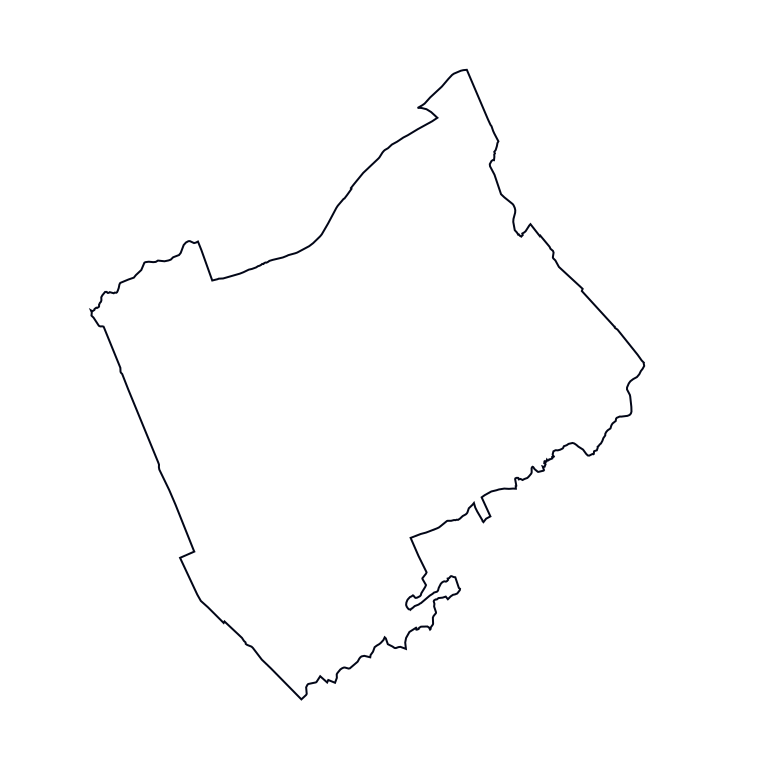 Optasi-Magura, Olt, Romania, rotated 70°
{"feature_id": "2599482B31231477930356", "entity_name": "Optasi-Magura", "entity_type": "district", "adm_level": 2, "iso_a3": "ROU", "parent_name": "Romania", "parent_adm1": "Olt", "projection": "natural_earth1", "projection_center": [24.65, 44.581], "detail": "fine", "context": "isolated", "style": "outline", "palette": "ink", "viewbox_px": 768, "rotation_deg": 70, "n_neighbors": 0, "source": "geoboundaries", "source_scale": "gbopen_adm2", "svg_char_len": 6165}
<svg xmlns="http://www.w3.org/2000/svg" viewBox="0 0 768 768"><g transform="rotate(70 384 384)"><path d="M636.1,490.4L634.1,489.3L631.8,485.9L628.1,482.8L627.3,480.1L626.8,477.3L626.1,475.4L624.4,472.1L622.3,470.0L623.7,469.3L629.8,469.4L633.6,465.8L635.6,464.4L636.2,463.2L636.2,460.4L636.6,458.5L640.4,454.0L634.2,452.5L630.2,450.1L625.7,444.9L624.0,437.2L624.5,437.0L625.8,437.6L626.1,437.2L626.1,435.3L625.1,434.3L624.7,432.2L626.7,426.2L628.2,425.0L630.5,424.7L630.1,423.9L628.8,423.4L626.7,420.3L625.9,419.8L620.3,418.0L619.0,416.8L617.1,413.6L616.3,413.2L610.2,413.0L607.8,411.8L605.2,411.6L604.5,411.0L604.1,409.3L604.5,408.1L603.8,406.0L604.8,402.0L604.9,398.7L608.1,397.6L606.4,394.0L605.7,391.3L606.0,389.2L605.9,386.8L603.7,383.3L602.5,382.6L601.2,383.4L590.0,383.1L589.2,384.6L587.7,386.2L587.5,387.1L588.7,389.2L588.6,390.7L590.0,390.8L590.7,392.1L590.9,393.4L590.1,394.7L590.0,395.6L590.3,397.2L591.2,399.0L594.3,402.3L596.6,403.9L597.3,405.3L597.1,408.3L597.8,410.1L598.5,413.3L602.5,424.1L602.7,425.7L603.1,426.8L603.2,431.1L604.5,434.4L604.4,434.9L605.0,436.0L604.8,436.0L604.6,437.1L604.3,437.6L603.3,438.2L601.1,438.8L599.2,438.8L597.0,437.7L595.0,435.9L594.4,435.0L593.1,432.5L593.0,430.8L592.5,429.1L593.0,428.7L595.3,427.9L595.9,427.3L596.1,425.9L595.7,422.8L595.1,421.7L593.4,420.5L588.8,414.7L587.3,413.3L580.6,414.5L579.7,414.4L576.6,409.4L575.5,408.4L557.3,410.4L537.7,411.6L537.5,400.9L538.0,395.3L537.8,383.8L537.6,381.5L537.1,379.9L534.3,371.8L534.3,371.1L535.5,367.8L535.8,364.7L536.4,363.4L536.4,362.0L537.0,360.9L536.5,358.7L535.0,355.2L534.5,351.8L533.9,350.4L533.3,349.6L529.8,346.8L527.7,342.0L526.6,340.2L531.3,340.5L535.7,340.0L545.5,338.2L546.5,338.3L547.8,337.8L545.5,334.1L544.8,329.3L523.9,331.0L522.9,327.4L521.7,319.9L522.3,314.7L522.4,312.1L523.4,306.8L525.3,302.4L526.4,298.5L527.5,295.9L525.2,295.2L525.3,294.9L525.0,294.5L518.2,293.3L517.6,292.8L517.5,291.7L518.0,290.2L518.3,289.9L519.7,290.0L519.9,288.2L521.6,286.6L521.3,284.6L521.3,281.4L520.5,279.6L518.5,276.2L517.4,275.4L513.6,274.1L512.8,273.3L512.6,272.7L513.1,272.2L515.5,271.6L519.1,269.5L519.4,269.0L520.0,263.7L519.6,263.1L515.8,263.1L516.6,262.1L516.7,261.4L514.6,259.6L513.9,259.8L513.3,260.5L511.6,259.7L511.5,259.2L512.6,258.6L512.5,258.0L510.9,256.8L511.9,256.5L512.0,256.1L511.9,255.2L511.3,254.4L511.6,253.6L511.5,251.3L510.1,251.0L510.1,250.4L510.5,249.6L510.3,249.2L508.3,249.7L507.7,249.5L505.2,247.8L504.9,245.5L505.8,243.3L506.0,240.9L505.7,238.2L505.3,237.5L504.0,236.3L504.0,233.3L503.4,231.0L503.9,227.0L505.0,225.5L507.1,224.0L509.3,222.8L513.7,219.4L518.9,217.9L520.9,216.9L521.5,215.6L521.1,212.5L521.1,212.0L521.6,211.4L521.5,210.8L519.2,209.7L519.0,209.4L519.1,206.7L516.9,204.9L516.0,204.7L515.5,203.2L514.7,202.2L514.1,200.5L512.1,198.2L509.9,196.4L508.0,193.7L506.5,193.1L505.1,191.6L504.0,189.6L503.2,186.4L500.8,184.6L499.9,183.6L499.2,182.6L498.0,178.9L496.0,177.8L495.4,176.9L495.2,173.6L495.8,172.2L497.2,166.1L497.1,163.8L496.2,162.1L494.6,160.9L490.1,159.4L479.9,156.9L478.3,156.7L472.2,157.5L470.4,156.8L467.2,153.8L465.7,151.6L464.6,148.1L464.0,144.0L462.2,140.8L459.7,138.2L458.2,135.8L456.0,133.3L453.4,132.9L452.9,132.5L450.1,133.8L443.5,135.6L412.7,146.0L410.4,147.7L409.7,147.9L409.1,147.6L408.9,147.9L364.3,166.3L362.5,164.8L333.8,179.6L326.5,180.7L323.8,182.0L322.7,182.0L318.5,179.7L316.7,179.7L313.9,181.3L311.6,181.5L298.0,186.4L298.4,187.0L283.9,191.7L284.7,193.2L288.9,198.7L289.5,200.3L289.9,202.6L291.5,202.7L292.4,204.6L291.9,204.8L291.4,205.5L289.5,206.2L289.6,206.8L287.1,207.3L284.2,208.5L275.9,207.1L273.2,205.9L267.9,202.2L265.6,201.2L263.2,200.9L260.4,201.1L259.0,201.5L249.7,207.1L245.7,209.1L225.1,208.6L215.7,209.9L213.6,209.4L211.2,206.7L210.8,205.1L211.3,204.1L208.3,202.6L206.0,201.9L205.3,200.9L203.6,201.0L202.3,199.0L199.0,196.5L196.4,195.0L195.1,193.5L186.2,194.7L183.5,194.9L178.5,194.8L176.9,195.3L170.8,195.8L117.1,198.7L116.2,202.2L115.9,204.7L116.3,212.2L116.9,214.4L119.3,219.1L124.3,227.9L130.5,242.6L134.4,249.9L135.2,252.8L136.1,258.0L136.7,256.0L137.5,254.3L140.3,250.1L144.6,246.7L152.1,242.8L153.6,248.9L156.1,265.1L158.4,276.7L159.0,281.5L160.8,288.8L161.7,294.7L163.8,299.6L164.4,303.1L164.9,304.4L166.0,306.3L169.5,310.8L170.2,312.1L178.5,331.3L185.8,343.6L188.6,348.1L189.5,347.8L193.9,354.2L196.2,357.8L196.2,358.6L200.7,366.5L202.2,368.5L214.0,381.6L222.1,391.3L223.4,393.5L227.4,402.4L228.9,407.2L230.8,420.6L230.8,422.5L230.2,429.8L230.4,431.7L230.5,435.8L229.3,446.1L229.1,449.7L229.5,450.7L229.8,452.9L229.3,453.9L229.4,454.9L229.7,456.1L230.0,456.3L229.5,457.4L230.0,458.6L230.3,460.4L230.2,462.2L230.7,464.3L230.7,468.8L230.3,471.9L230.9,477.8L231.0,481.7L229.8,499.1L228.5,503.3L228.6,504.5L228.0,510.0L195.6,509.8L186.5,510.1L186.8,512.3L186.6,514.3L183.4,517.5L182.9,518.9L183.3,521.7L184.9,524.7L191.3,530.2L192.7,532.5L192.8,538.8L194.2,541.8L194.2,544.2L193.6,548.3L190.7,554.2L191.2,556.7L190.6,559.1L188.6,563.3L187.9,566.6L188.1,567.7L193.9,573.1L196.8,579.9L198.5,582.7L198.4,588.3L198.8,597.2L199.9,598.5L203.0,600.4L205.2,602.2L206.4,603.4L206.7,604.3L206.0,605.9L206.3,606.9L203.9,610.3L204.2,611.5L203.8,612.6L202.6,613.1L202.1,614.6L204.3,618.3L205.8,620.0L208.6,620.9L209.9,621.8L210.6,623.2L211.4,623.9L211.8,624.5L213.6,625.2L214.1,625.8L214.4,627.6L213.9,628.2L214.5,630.3L215.4,630.9L215.8,632.8L215.6,633.4L214.6,634.2L216.8,634.1L219.7,635.5L222.4,634.2L231.5,632.1L232.2,631.7L233.0,630.6L233.4,629.1L234.2,627.9L235.4,627.8L278.6,626.2L282.4,627.4L283.5,627.3L285.0,626.6L301.4,626.2L380.3,623.0L382.8,623.0L385.2,624.0L387.6,624.4L410.1,622.1L426.1,621.2L475.3,619.7L476.6,619.6L477.6,635.1L518.0,631.5L525.2,630.3L533.6,625.8L553.7,616.4L552.6,615.1L574.0,604.3L577.5,603.5L579.4,602.5L581.0,602.8L582.4,601.8L585.5,598.3L587.1,597.5L601.2,593.1L612.6,587.5L652.1,569.5L649.5,563.4L648.7,562.6L642.4,560.9L640.6,559.0L640.0,557.8L641.1,550.1L640.9,549.3L636.8,543.9L645.0,539.5L643.1,537.6L648.0,532.2L644.0,528.8L640.6,527.7L639.6,526.5L637.3,522.6L636.8,520.6L636.7,518.9L637.0,517.8L639.3,514.6L639.5,513.3L635.9,503.7L633.6,501.1L632.7,499.6L632.3,498.3L632.7,495.5L636.1,490.4Z" fill="none" stroke="#020617" stroke-width="2"/></g></svg>